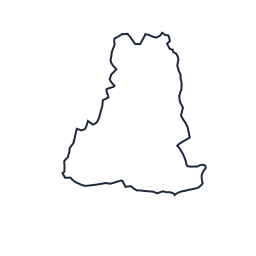 the district of Aqra, Ninawa, Iraq, rotated 152°
{"feature_id": "34846034B43190647810772", "entity_name": "Aqra", "entity_type": "district", "adm_level": 2, "iso_a3": "IRQ", "parent_name": "Iraq", "parent_adm1": "Ninawa", "projection": "natural_earth1", "projection_center": [43.799, 36.668], "detail": "fine", "context": "isolated", "style": "outline", "palette": "slate", "viewbox_px": 256, "rotation_deg": 152, "n_neighbors": 0, "source": "geoboundaries", "source_scale": "gbopen_adm2", "svg_char_len": 3301}
<svg xmlns="http://www.w3.org/2000/svg" viewBox="0 0 256 256"><g transform="rotate(152 128 128)"><path d="M78.1,90.3L78.0,90.5L77.8,91.0L77.6,91.5L77.5,92.3L76.9,94.1L76.2,96.6L75.2,100.1L74.9,101.8L74.9,104.1L74.9,106.2L75.2,108.4L75.4,111.2L75.4,113.3L75.3,114.2L75.1,114.5L74.8,115.0L74.7,115.1L73.7,115.9L72.8,117.0L71.3,118.7L70.1,120.0L69.9,120.1L69.9,121.8L69.9,124.3L69.9,125.9L69.8,126.9L69.6,127.4L69.4,127.8L69.3,128.4L68.8,129.6L68.4,130.6L67.8,132.2L67.6,132.6L66.7,133.2L66.0,133.8L65.3,134.6L64.6,135.5L63.6,136.3L62.8,137.0L62.3,137.8L61.8,138.6L60.9,140.2L60.3,141.3L59.9,141.9L59.5,143.0L59.0,143.8L58.9,144.4L58.7,145.5L58.6,146.2L58.3,147.2L58.1,147.6L57.2,149.3L56.6,150.2L56.5,150.5L56.5,151.2L56.4,152.9L56.4,154.1L56.3,154.8L56.2,155.2L56.0,156.4L55.6,157.8L55.5,159.1L55.4,159.6L54.9,160.4L54.0,161.5L53.6,162.1L53.2,162.6L52.3,163.6L51.7,164.4L51.4,164.8L50.9,166.2L50.7,167.0L50.5,168.2L50.5,169.1L50.6,170.2L50.6,171.2L51.1,171.8L51.7,172.7L51.9,173.3L52.4,173.9L52.2,174.9L51.7,176.1L53.5,177.7L53.9,178.1L54.0,184.0L52.8,184.5L50.9,184.8L50.4,185.0L49.9,186.2L49.4,187.8L49.1,189.1L49.0,190.9L50.9,192.2L51.8,193.1L52.6,195.2L53.2,196.1L54.7,195.2L56.1,194.5L60.5,194.5L62.7,196.4L63.6,197.4L65.1,199.4L65.9,200.4L67.2,201.4L68.6,202.7L71.1,200.8L73.1,199.5L74.8,198.4L78.0,196.3L80.1,197.6L82.4,199.0L82.4,200.0L83.0,204.5L83.4,208.0L84.1,210.0L84.1,211.3L85.2,211.9L87.0,212.5L88.5,213.5L89.1,213.6L92.8,213.4L95.1,213.3L96.5,213.3L97.9,213.4L98.5,212.7L100.0,210.0L100.4,208.4L102.0,206.6L104.7,204.5L107.1,202.0L108.9,199.4L111.5,196.2L112.1,193.8L112.1,191.9L112.0,190.4L111.1,186.9L110.7,185.4L114.8,183.9L117.6,183.2L119.7,181.1L121.3,179.8L121.3,176.4L120.1,171.6L120.9,171.4L121.6,171.2L128.3,172.4L128.9,172.1L129.0,172.1L129.7,170.2L130.9,164.2L131.0,164.1L137.1,164.4L140.1,159.9L140.2,159.7L144.1,155.6L147.6,151.9L147.8,151.6L148.0,151.3L150.7,149.1L152.9,147.7L154.6,147.4L157.4,147.5L158.8,150.4L160.1,153.0L164.2,148.9L166.1,147.4L167.6,147.4L170.4,147.9L173.5,151.3L175.2,149.6L176.5,148.1L178.1,146.2L178.9,145.3L180.0,143.8L182.2,141.9L182.2,141.1L183.0,140.5L184.6,139.7L187.7,138.2L189.0,137.5L190.1,135.9L191.6,133.7L193.6,131.8L195.1,130.3L196.3,129.9L196.7,129.8L198.5,129.3L199.1,129.0L200.0,128.6L201.7,124.7L203.6,121.1L204.4,119.9L204.8,119.2L207.0,118.9L206.9,113.6L202.2,111.2L201.8,110.2L201.4,108.5L200.0,105.1L196.8,101.0L195.6,99.4L193.8,97.7L192.4,96.7L190.6,96.0L184.6,93.6L178.0,91.3L176.3,90.7L174.1,90.2L169.6,87.0L168.1,86.8L166.3,86.3L164.3,86.1L159.4,84.9L158.5,84.8L157.7,83.8L157.9,77.3L156.3,76.6L155.2,76.3L153.8,75.7L153.0,75.4L152.2,74.0L151.5,72.0L150.5,70.6L149.7,68.9L146.9,67.4L142.8,64.5L137.9,61.4L136.0,60.2L134.9,59.0L133.8,57.8L133.1,56.8L130.7,56.3L127.0,55.8L126.4,55.1L125.4,54.4L124.0,53.1L122.6,52.4L121.0,51.5L119.8,50.3L119.2,49.7L118.1,48.1L118.3,47.0L114.6,47.4L110.9,47.0L107.3,45.8L103.9,45.0L99.2,43.6L95.4,42.6L93.3,42.4L90.3,43.1L88.1,44.1L86.9,48.1L85.9,50.3L84.5,52.5L81.0,54.9L78.9,55.7L78.0,56.4L77.5,58.5L78.4,59.7L80.0,60.9L81.4,61.2L83.9,61.5L85.2,61.5L87.6,62.9L91.1,64.6L93.5,66.5L93.5,68.5L92.5,71.8L92.1,75.0L91.7,77.9L91.7,79.0L91.8,81.8L92.1,86.1L92.8,89.3L92.7,89.3L90.7,89.8L88.0,90.2L84.8,90.3L81.1,90.5L78.1,90.4L78.1,90.3Z" fill="none" stroke="#1e293b" stroke-width="2"/></g></svg>